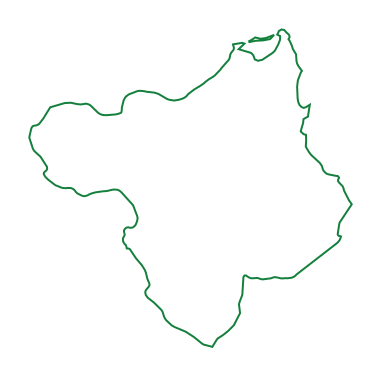 the border of Murcia, rotated 266°
{"feature_id": "ESP-5836", "entity_name": "Murcia", "entity_type": "Autonomous Community", "adm_level": 1, "iso_a3": "ESP", "parent_name": "Spain", "parent_adm1": "", "projection": "robinson", "projection_center": [-1.387, 38.068], "detail": "fine", "context": "isolated", "style": "outline", "palette": "green", "viewbox_px": 384, "rotation_deg": 266, "n_neighbors": 0, "source": "natural_earth", "source_scale": "10m", "svg_char_len": 3658}
<svg xmlns="http://www.w3.org/2000/svg" viewBox="0 0 384 384"><g transform="rotate(266 192 192)"><path d="M336.4,243.2L337.3,252.4L336.4,254.7L331.2,248.5L326.6,260.7L324.1,262.7L319.9,263.9L318.3,267.0L319.0,271.4L325.2,282.2L327.1,284.5L333.3,288.4L337.6,290.4L341.4,290.8L343.0,288.0L346.6,290.0L347.9,292.7L347.1,295.4L344.3,297.5L342.8,299.1L341.1,300.1L339.4,300.1L337.7,298.9L335.9,300.0L330.7,301.9L327.5,302.6L322.1,305.4L315.0,305.4L312.5,305.9L309.9,307.1L305.2,310.1L303.6,308.9L296.0,305.4L289.7,304.2L277.6,303.9L274.2,304.3L271.2,305.4L269.1,307.2L268.1,309.4L268.7,311.6L270.8,315.6L264.8,314.2L259.1,312.9L257.9,310.3L256.9,308.3L252.9,307.6L247.3,305.5L244.7,304.7L241.8,307.5L241.1,309.7L235.7,309.5L229.2,308.7L223.6,311.5L220.6,313.5L212.1,321.5L208.9,323.4L205.1,324.2L204.1,324.7L202.6,325.8L201.2,327.1L200.6,328.2L200.1,329.3L198.0,336.9L197.8,338.4L196.2,339.7L195.1,339.3L194.1,338.6L192.7,338.4L191.0,339.5L187.3,342.6L185.5,343.3L182.7,343.8L173.0,347.9L168.6,350.5L151.3,337.2L149.5,336.6L139.8,334.4L138.8,334.6L138.0,335.4L137.7,336.6L137.3,337.5L136.2,337.1L134.8,336.5L133.3,335.6L131.1,333.4L102.7,290.9L101.0,288.9L100.2,287.5L99.5,285.2L99.3,281.3L99.5,279.5L99.5,275.8L99.8,274.1L100.6,271.7L101.3,268.7L101.1,267.1L100.4,264.7L99.9,256.5L100.2,255.1L101.6,251.5L101.7,250.1L101.7,246.0L102.0,244.3L102.9,242.7L105.0,239.9L105.1,238.6L103.7,237.4L85.8,235.0L79.0,231.8L76.6,231.0L67.8,231.5L60.6,227.1L56.3,224.6L50.8,218.3L46.9,212.6L44.4,208.0L44.3,207.6L44.2,207.5L42.6,206.1L36.1,201.5L38.9,193.2L39.9,191.6L47.2,183.8L53.0,176.1L58.4,165.4L60.4,162.4L65.9,157.3L68.3,155.9L70.5,155.2L74.2,154.4L76.4,153.3L84.5,146.2L89.5,140.6L92.5,138.7L94.7,138.4L96.3,138.6L97.7,139.5L100.9,142.5L102.1,143.1L103.6,143.1L108.6,141.4L114.7,140.4L117.7,139.4L122.4,136.9L129.6,131.6L139.5,125.9L140.1,124.5L140.1,123.3L140.4,122.9L141.3,122.9L143.7,122.3L145.0,121.0L146.3,120.3L148.1,119.8L149.5,119.8L150.8,120.0L153.0,121.4L154.1,121.9L157.2,121.4L158.5,121.5L159.4,122.1L160.3,123.0L160.9,123.9L161.2,125.0L161.2,126.2L160.7,127.4L160.5,128.7L160.7,129.9L161.1,131.1L161.9,132.1L162.7,133.1L163.8,133.8L166.3,135.0L167.9,135.5L169.8,135.9L171.6,135.7L182.9,132.3L196.7,121.5L198.5,119.6L199.3,118.0L199.7,116.3L199.9,114.4L199.8,112.6L198.9,107.0L198.9,103.2L198.4,95.9L197.7,92.2L196.7,89.1L196.0,87.7L195.7,86.8L195.5,85.4L195.3,84.1L195.7,82.8L196.2,81.6L198.5,77.7L200.2,76.1L202.5,74.6L203.6,73.1L204.4,71.5L204.7,68.0L204.6,66.2L205.2,62.7L208.3,56.2L214.2,49.5L217.4,46.7L220.1,45.4L221.6,45.7L222.7,46.8L223.6,48.2L225.1,49.1L227.2,49.1L237.8,43.3L242.6,38.7L244.4,37.2L246.3,36.3L257.5,33.5L259.4,33.9L266.2,36.0L267.8,36.8L268.9,38.0L269.2,39.6L269.3,41.3L269.8,42.8L270.6,44.3L275.8,48.9L286.4,56.5L289.6,71.3L289.5,77.3L287.7,83.6L287.1,87.2L287.5,92.5L286.9,94.3L286.1,96.0L284.8,97.4L277.6,103.8L276.3,105.5L275.1,108.1L274.6,111.6L274.7,121.1L275.3,124.7L276.1,126.9L277.7,127.5L281.4,128.0L288.4,130.3L290.7,131.8L291.7,132.6L293.8,135.8L296.6,145.1L296.5,147.9L295.8,151.8L295.2,153.5L293.9,160.7L293.4,162.5L291.9,165.8L286.4,173.8L285.4,176.4L284.5,180.6L284.9,185.2L285.9,189.4L287.0,191.8L288.2,193.4L289.4,194.5L290.2,195.4L294.2,201.5L297.2,207.4L297.3,207.6L299.4,211.2L300.7,212.8L303.3,216.7L305.5,221.1L306.7,222.9L312.0,228.8L313.5,230.0L321.5,238.1L323.1,238.9L326.5,239.8L328.1,240.8L329.5,242.0L330.5,243.1L331.4,243.5L332.8,243.9L336.3,243.2L336.4,243.2ZM341.8,265.8L340.1,271.0L340.4,276.3L343.0,284.9L339.1,280.6L338.3,273.8L338.4,266.2L337.6,259.7L338.6,259.6L338.8,260.0L338.8,260.6L339.1,261.1L339.7,262.1L340.9,264.5L341.8,265.8Z" fill="none" stroke="#15803d" stroke-width="2"/></g></svg>